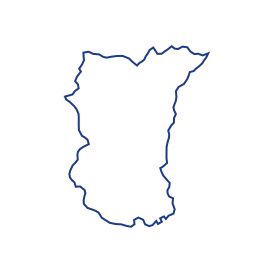 the district of Alambari, São Paulo, Brazil, rotated 108°
{"feature_id": "56859067B9588221424394", "entity_name": "Alambari", "entity_type": "district", "adm_level": 2, "iso_a3": "BRA", "parent_name": "Brazil", "parent_adm1": "São Paulo", "projection": "orthographic", "projection_center": [-47.872, -23.55], "detail": "fine", "context": "isolated", "style": "outline", "palette": "blue", "viewbox_px": 256, "rotation_deg": 108, "n_neighbors": 0, "source": "geoboundaries", "source_scale": "gbopen_adm2", "svg_char_len": 1783}
<svg xmlns="http://www.w3.org/2000/svg" viewBox="0 0 256 256"><g transform="rotate(108 128 128)"><path d="M223.1,109.8L221.7,104.6L221.6,98.9L220.9,94.5L217.6,92.1L213.6,93.8L210.0,90.5L210.6,85.2L214.3,82.0L214.8,77.5L212.8,74.7L207.7,72.4L210.0,69.8L206.7,66.9L203.9,69.5L201.0,66.5L202.8,63.9L198.9,62.3L195.4,58.3L190.8,58.5L186.0,62.3L180.9,63.5L180.4,67.7L178.0,70.1L175.0,71.3L171.5,70.5L167.4,71.3L165.1,75.3L162.4,79.7L159.2,82.7L156.2,84.9L154.0,82.9L149.2,80.0L145.2,81.9L140.4,83.5L134.2,85.4L128.9,86.0L124.3,86.0L121.3,86.9L118.0,88.9L112.2,87.7L108.7,86.0L104.4,87.3L99.9,86.8L97.0,89.6L94.2,91.2L91.3,91.1L87.7,90.9L83.6,91.5L78.1,93.8L73.4,92.6L68.8,88.4L63.2,86.8L59.4,86.5L55.7,86.5L53.5,83.1L50.7,81.8L47.2,79.4L43.4,77.3L40.2,76.6L36.9,75.4L32.2,74.8L35.9,79.4L35.7,84.4L37.2,87.7L35.9,92.4L32.9,96.6L33.8,101.3L37.4,104.8L38.1,108.1L36.7,111.7L40.6,114.2L43.9,116.8L47.0,119.0L48.4,122.9L43.7,128.8L47.1,131.5L51.3,132.3L54.3,133.3L57.8,133.6L60.3,135.2L62.9,137.4L65.8,138.7L63.7,144.2L61.6,148.4L61.1,155.3L62.9,160.7L65.3,165.8L67.7,170.0L68.0,173.6L66.9,178.3L68.3,183.9L67.6,188.9L70.1,193.7L73.5,192.4L77.2,190.8L81.2,191.2L86.7,192.8L88.9,190.2L94.8,192.4L99.9,192.7L102.0,189.1L105.6,187.2L109.1,189.8L113.3,191.2L117.6,197.7L120.1,195.4L121.1,191.6L123.8,186.0L126.1,182.7L129.7,179.5L133.1,178.1L141.5,175.4L145.2,174.0L149.7,169.3L150.3,166.2L151.7,162.8L155.5,160.3L159.5,164.5L163.0,167.2L166.4,168.3L169.4,167.7L173.7,166.0L177.6,167.5L180.7,169.1L186.7,169.8L190.0,169.5L193.0,167.9L194.9,165.3L196.2,162.2L200.0,159.5L198.4,155.5L200.4,150.1L203.2,148.4L207.2,148.3L210.2,147.9L213.9,146.5L216.5,141.8L216.6,137.1L216.8,133.1L217.6,129.8L221.4,125.3L222.8,120.1L223.8,116.0L223.1,109.8Z" fill="none" stroke="#1e3a8a" stroke-width="2"/></g></svg>